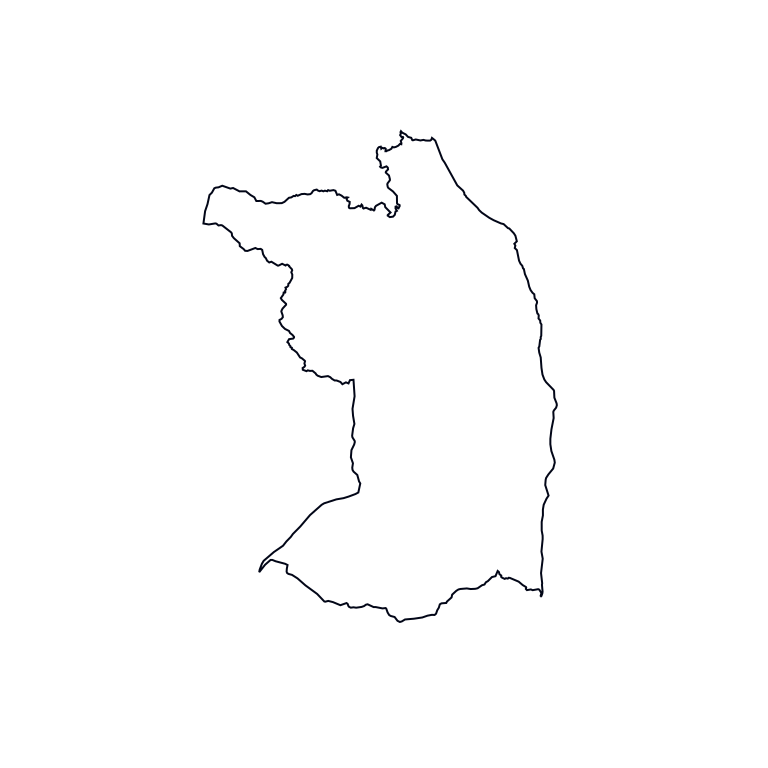 Cunday, Tolima, Colombia (Mercator projection), rotated 127°
{"feature_id": "7082276B4490552230449", "entity_name": "Cunday", "entity_type": "district", "adm_level": 2, "iso_a3": "COL", "parent_name": "Colombia", "parent_adm1": "Tolima", "projection": "mercator", "projection_center": [-74.711, 3.967], "detail": "fine", "context": "isolated", "style": "outline", "palette": "ink", "viewbox_px": 768, "rotation_deg": 127, "n_neighbors": 0, "source": "geoboundaries", "source_scale": "gbopen_adm2", "svg_char_len": 6166}
<svg xmlns="http://www.w3.org/2000/svg" viewBox="0 0 768 768"><g transform="rotate(127 384 384)"><path d="M338.1,637.1L346.6,633.2L353.6,630.9L364.5,624.8L362.0,619.9L357.3,615.4L356.8,614.3L357.0,611.6L355.2,609.8L354.7,608.5L354.9,597.3L355.3,596.2L357.1,594.5L357.9,591.6L358.5,584.0L360.7,582.1L360.7,577.3L361.2,575.1L359.9,573.1L352.8,568.6L352.3,566.1L350.3,563.8L350.2,562.0L353.1,558.7L354.4,555.8L354.6,554.1L355.9,551.6L356.0,548.8L354.1,547.5L353.4,540.1L352.9,539.5L349.3,537.7L348.6,533.9L347.6,533.8L346.8,532.9L346.7,530.9L347.1,530.7L347.8,526.6L348.5,525.7L350.5,525.3L351.8,523.1L354.6,521.1L360.1,520.3L361.5,520.7L363.2,519.6L364.5,519.7L366.3,520.7L367.2,519.3L369.1,519.1L369.9,518.1L370.6,518.1L370.7,518.8L371.3,519.2L373.1,518.2L377.5,518.1L378.3,516.2L378.9,510.5L379.6,509.9L384.8,510.4L387.0,510.0L387.9,509.6L390.1,506.3L391.5,505.0L393.6,505.0L395.7,506.0L397.0,505.1L399.1,500.4L399.6,496.2L398.8,491.8L399.8,489.7L399.9,486.6L400.5,484.2L401.1,483.8L402.4,483.9L405.3,486.8L408.7,486.4L408.9,484.3L409.9,483.0L410.1,481.5L410.9,480.8L410.5,479.4L411.5,478.6L411.2,476.6L411.3,472.6L413.3,467.0L412.9,465.1L413.1,461.3L413.3,460.8L415.5,459.9L416.8,458.0L418.2,457.9L420.2,458.6L421.5,457.4L420.4,453.6L419.0,453.1L418.1,451.0L416.5,449.1L416.7,444.9L417.2,443.9L417.3,442.0L416.2,438.3L411.4,433.5L410.9,431.0L411.2,428.7L410.9,425.6L409.7,423.9L408.6,420.0L409.2,417.1L405.6,415.4L404.9,412.7L401.4,413.5L399.0,410.9L411.5,400.1L422.8,394.2L428.0,389.6L433.7,383.6L438.0,382.0L444.5,378.3L445.6,377.1L447.1,373.2L447.9,372.4L450.3,371.4L456.4,370.2L462.5,366.3L466.0,361.1L469.9,359.0L471.5,357.5L472.3,355.6L472.7,350.6L476.8,345.3L477.7,343.1L486.1,339.2L489.1,340.6L495.2,344.5L499.5,347.6L504.8,352.6L515.3,360.0L518.0,361.1L533.2,364.2L548.2,365.1L558.6,366.5L562.2,366.4L568.5,367.2L573.9,367.3L584.4,370.8L597.6,373.7L601.1,373.3L607.0,371.6L609.4,370.4L599.9,370.2L592.8,368.7L591.7,367.3L590.8,363.9L587.1,354.8L586.6,352.1L589.9,350.5L592.4,348.9L593.2,347.8L593.2,346.1L591.8,342.6L591.3,336.1L592.1,325.6L591.9,311.0L593.6,300.8L593.2,299.9L590.8,298.0L588.9,293.5L586.9,285.7L581.5,282.1L581.5,280.7L582.7,278.9L583.0,277.8L582.6,275.9L580.7,274.0L579.4,271.6L575.6,267.8L573.4,266.3L571.1,265.6L569.8,264.5L568.4,258.0L567.2,256.5L564.1,250.1L562.0,247.9L562.0,247.1L564.3,243.6L565.4,240.8L565.2,239.0L563.7,235.3L565.0,230.7L564.5,228.1L562.9,226.9L559.4,225.5L553.3,218.7L547.4,212.9L542.8,209.8L539.5,206.8L538.0,204.6L536.1,204.2L532.7,205.3L529.6,205.6L526.4,206.8L524.6,206.1L521.4,202.5L519.9,202.8L513.8,201.6L511.2,202.8L505.7,201.8L503.3,200.9L501.7,199.6L497.4,194.8L495.6,191.4L492.6,187.8L490.8,186.3L485.7,184.6L483.7,183.1L481.0,183.3L478.9,182.4L473.2,181.6L470.4,179.3L464.9,180.7L465.0,179.1L466.4,177.3L466.4,175.1L467.5,174.4L467.6,173.1L467.0,170.3L465.7,169.7L464.9,168.0L463.7,167.8L463.1,166.7L460.8,157.5L461.1,152.2L460.7,148.4L461.0,147.9L462.3,147.4L462.6,145.8L459.7,143.1L459.2,141.2L455.1,137.4L454.8,136.2L456.2,132.5L458.9,131.4L459.0,130.8L458.6,130.7L456.0,131.5L454.4,132.4L449.3,137.0L448.0,137.7L440.5,144.8L428.0,152.1L423.1,157.4L412.3,164.0L409.6,166.1L406.2,169.8L399.2,175.1L393.3,178.0L388.7,181.5L384.3,183.8L377.7,185.2L374.1,185.4L367.7,194.4L363.1,197.3L361.4,198.0L357.3,198.3L349.7,198.0L344.0,200.3L342.0,202.3L336.8,210.0L332.0,214.9L327.6,218.2L319.4,223.0L309.1,228.0L304.4,232.0L303.0,232.4L299.3,232.3L296.9,233.2L295.6,234.5L292.4,239.7L287.2,244.0L286.7,244.9L285.0,255.6L283.9,258.7L281.1,263.1L276.4,267.9L268.5,274.8L265.5,278.9L262.1,282.3L260.5,282.6L254.8,285.9L253.7,285.9L252.2,287.1L250.9,287.4L241.7,294.1L241.0,296.0L239.3,297.5L238.7,300.0L236.1,301.7L235.4,302.9L235.4,303.9L232.5,307.4L229.6,309.9L227.0,310.7L225.8,311.7L224.8,315.3L221.9,318.0L221.8,320.2L220.8,323.4L218.9,326.6L214.9,331.3L211.4,337.6L208.0,341.5L208.0,342.5L206.4,344.7L205.8,347.4L204.2,350.4L197.1,358.4L196.7,361.4L194.4,362.4L193.6,364.3L190.1,363.8L186.5,368.3L185.5,371.0L184.4,377.5L184.9,378.8L184.3,384.7L185.4,387.3L187.2,395.0L187.9,399.9L188.3,409.1L187.9,412.6L187.0,415.3L185.1,431.0L184.5,431.9L184.3,433.8L183.0,435.0L182.0,437.2L181.3,445.0L170.7,468.7L169.4,472.6L158.9,489.3L158.7,490.3L158.6,493.8L160.5,493.2L161.9,493.7L164.4,497.1L165.3,499.4L167.6,501.5L169.6,505.8L172.0,507.6L172.2,508.2L171.0,510.4L172.2,513.5L171.6,516.9L172.3,520.7L171.9,522.6L172.9,522.4L173.8,521.3L175.5,520.9L176.2,518.7L175.3,517.6L175.5,517.1L176.4,516.7L179.8,516.9L181.2,515.0L182.1,514.5L182.6,515.7L185.0,516.0L187.5,517.2L189.1,518.5L189.6,520.0L191.7,519.7L194.3,520.8L195.7,522.0L196.6,522.1L197.2,522.9L195.1,524.2L195.0,524.9L195.4,525.9L196.1,526.2L196.5,527.6L197.7,527.8L196.4,529.4L197.9,530.6L199.2,530.8L202.0,530.2L203.7,528.9L204.7,527.4L207.9,525.8L208.5,521.0L211.4,517.9L212.8,517.9L212.9,516.7L212.3,515.3L208.7,513.0L208.9,511.2L210.2,509.9L213.2,510.3L214.1,509.8L214.5,505.5L216.9,502.5L217.8,501.9L221.7,501.9L222.6,501.5L224.3,499.7L224.8,498.6L224.8,492.7L226.0,486.9L231.8,482.4L232.2,481.5L231.7,479.3L232.4,478.6L235.0,478.1L235.2,478.9L234.6,480.9L235.4,481.5L236.9,480.4L237.9,477.9L239.3,478.6L242.4,477.2L244.9,477.5L247.2,479.8L247.3,482.4L246.8,482.7L243.1,482.0L242.0,489.4L240.1,491.6L240.6,495.0L246.5,497.6L248.3,497.6L250.6,496.4L251.5,496.5L251.8,499.7L252.9,499.4L254.0,504.4L256.2,506.0L256.1,506.8L254.4,508.8L254.2,509.9L256.5,509.6L256.9,511.5L261.3,513.4L264.2,517.0L264.3,518.1L263.1,519.2L261.0,519.8L259.2,521.0L259.7,523.6L258.5,525.6L256.9,525.2L257.3,526.1L259.2,527.8L259.1,531.3L259.6,534.1L261.2,535.2L258.9,539.1L259.6,541.1L262.3,543.6L262.8,545.3L264.2,545.3L265.2,547.6L266.6,548.4L267.1,550.2L268.8,551.5L269.3,553.4L269.2,554.7L270.0,555.4L271.4,556.5L272.7,556.9L275.2,556.7L276.8,557.2L278.6,559.1L279.9,561.8L282.0,564.2L285.6,566.2L285.8,567.8L287.5,568.1L288.2,569.4L290.7,570.3L292.5,572.0L298.4,573.1L301.1,574.5L304.2,578.5L306.2,582.9L309.1,584.9L311.3,587.1L311.4,590.6L311.9,592.5L314.7,596.1L312.9,599.9L313.4,604.4L313.2,610.2L317.1,615.3L318.3,622.5L320.4,624.3L323.0,632.5L326.5,634.5L328.4,636.5L329.8,637.3L334.8,636.6L338.1,637.1Z" fill="none" stroke="#020617" stroke-width="2"/></g></svg>